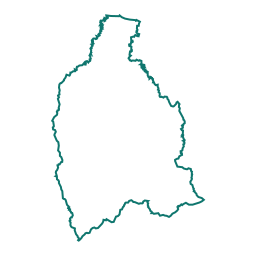 outline of Pekalongan, Jawa Tengah, Indonesia
{"feature_id": "22746128B43405552393366", "entity_name": "Pekalongan", "entity_type": "district", "adm_level": 2, "iso_a3": "IDN", "parent_name": "Indonesia", "parent_adm1": "Jawa Tengah", "projection": "natural_earth1", "projection_center": [109.637, -7.042], "detail": "fine", "context": "isolated", "style": "outline", "palette": "teal", "viewbox_px": 256, "rotation_deg": 0, "n_neighbors": 0, "source": "geoboundaries", "source_scale": "gbopen_adm2", "svg_char_len": 5708}
<svg xmlns="http://www.w3.org/2000/svg" viewBox="0 0 256 256"><path d="M203.8,199.8L201.7,198.0L198.4,197.0L196.7,195.2L196.4,193.8L194.7,192.0L194.6,191.3L193.9,191.2L194.2,190.6L193.5,189.5L193.8,188.6L193.2,188.0L192.4,185.0L190.7,183.9L190.3,181.8L191.8,179.4L191.9,178.3L191.4,177.8L192.0,175.8L191.7,175.0L192.2,174.4L191.7,172.9L192.0,171.7L191.1,171.0L190.8,169.0L188.4,168.3L187.4,169.2L186.4,169.2L183.8,168.5L182.3,167.2L177.4,166.6L175.1,161.0L175.1,159.8L177.2,158.7L178.4,158.6L179.3,156.3L181.0,155.4L181.5,154.6L182.0,154.7L181.9,153.3L180.8,153.1L180.6,151.2L181.4,150.9L182.3,151.4L181.8,150.6L182.4,150.2L182.7,148.1L183.8,146.4L183.3,144.4L184.2,144.0L184.5,142.9L184.3,142.1L183.9,141.9L184.2,141.1L183.2,140.7L184.5,139.9L183.5,138.6L183.0,136.8L182.0,136.6L183.2,135.4L183.2,135.1L182.1,134.9L182.8,134.0L183.0,130.5L181.8,130.2L181.0,129.0L182.8,127.8L182.9,127.1L181.9,125.6L182.4,125.1L183.2,125.2L183.6,123.9L184.7,123.2L184.7,121.4L184.1,120.1L183.4,119.7L183.2,118.1L179.3,110.9L179.8,108.2L178.9,107.0L179.1,104.6L179.5,104.1L177.6,101.8L176.5,102.5L176.3,103.7L173.9,106.2L173.1,106.5L171.1,105.9L169.2,102.2L168.4,99.8L167.4,98.8L167.3,97.5L166.8,96.8L164.5,96.6L163.5,97.6L161.4,96.7L161.0,97.0L159.9,96.8L159.5,95.8L159.8,94.2L159.6,93.0L158.6,92.2L159.0,90.4L157.9,89.7L158.5,88.3L157.6,86.5L157.7,84.7L155.7,85.1L154.6,84.0L154.0,82.5L153.0,82.4L153.4,81.2L152.9,80.5L153.0,79.2L152.3,79.2L152.1,78.0L151.5,78.0L151.1,77.1L150.3,76.8L150.2,78.1L149.5,78.7L149.5,77.6L148.5,77.2L147.7,75.4L147.7,72.9L146.5,72.6L146.5,72.2L147.3,71.6L146.0,70.8L145.4,71.7L145.1,71.6L144.4,70.8L145.3,69.5L143.9,69.2L143.6,68.7L143.5,68.1L144.6,67.4L143.3,66.5L144.0,65.5L144.4,65.6L144.3,64.9L142.9,64.6L142.4,65.3L142.8,66.8L142.5,68.4L142.1,67.8L141.5,67.6L141.5,66.3L140.9,64.2L140.7,64.2L141.5,63.6L141.4,60.9L139.6,60.2L138.9,60.8L136.5,59.7L135.6,60.8L133.3,60.5L132.0,60.5L131.5,61.0L129.8,60.3L129.8,59.6L128.6,58.5L128.8,57.6L130.8,55.6L129.5,54.9L130.0,51.5L131.2,51.6L131.3,51.0L131.8,51.0L131.9,50.1L131.2,49.9L131.4,46.7L129.4,46.0L129.6,44.9L129.1,44.8L129.1,44.5L129.7,44.5L129.7,44.9L130.4,45.2L130.4,43.9L130.9,43.7L131.1,42.2L132.5,42.2L132.8,41.8L132.5,40.7L131.3,40.8L131.0,37.3L133.6,36.5L134.1,36.8L135.3,35.0L137.1,36.0L137.3,35.6L138.6,36.2L139.2,34.1L137.2,33.4L136.3,32.2L136.6,30.9L137.2,31.0L137.5,29.8L136.9,28.6L137.1,25.8L138.7,25.8L139.0,23.5L139.9,21.7L136.7,20.1L136.6,20.6L136.0,20.7L136.0,20.4L135.2,20.1L129.9,19.6L125.0,18.6L121.8,17.2L119.6,15.4L119.1,16.2L111.0,16.0L106.3,15.4L106.5,16.6L107.6,16.8L107.9,17.8L107.5,18.2L106.7,17.9L106.2,18.8L104.4,17.9L104.3,18.5L105.2,20.7L104.7,21.0L104.2,19.5L103.7,19.2L102.9,20.7L102.0,20.7L101.4,21.3L100.8,20.6L100.5,20.8L100.2,22.5L101.2,23.1L100.3,24.7L101.9,24.1L101.7,24.6L100.4,25.2L100.5,25.8L102.7,25.4L102.5,25.9L101.7,26.1L101.6,27.0L102.6,27.4L102.7,27.9L102.3,28.5L101.2,27.2L100.6,27.5L100.7,28.2L101.6,28.8L100.8,28.9L100.3,30.4L101.3,30.4L101.4,31.1L100.3,31.9L100.5,33.1L99.5,33.3L98.5,34.3L99.6,35.0L99.7,35.4L98.0,36.4L96.7,36.1L97.1,36.8L96.8,37.6L97.2,38.0L96.7,38.8L95.7,39.1L94.9,38.5L93.4,38.5L91.8,40.4L91.9,40.9L92.9,40.6L93.1,42.0L92.3,42.6L93.3,43.6L91.6,44.3L92.7,45.1L92.6,45.8L91.8,46.1L91.7,48.0L90.9,47.8L90.4,48.5L91.2,50.3L91.0,51.9L91.4,52.5L90.6,53.3L90.9,54.0L90.5,53.7L89.5,55.6L90.4,56.5L90.3,58.1L90.7,58.7L90.2,59.1L90.3,59.7L89.7,59.7L90.0,61.0L88.9,61.6L88.3,62.5L87.1,61.1L86.0,61.3L85.5,61.9L85.9,63.2L85.6,64.6L84.3,64.4L84.1,63.0L82.3,65.2L79.4,65.5L77.6,66.8L76.9,66.8L76.6,67.9L76.8,69.9L76.3,70.2L74.8,69.4L75.0,71.2L73.1,71.3L71.1,72.7L70.4,72.6L70.1,74.7L69.5,75.6L66.5,74.7L65.5,77.6L63.9,79.7L64.0,80.4L61.3,83.1L60.5,83.1L59.4,84.4L59.0,87.6L59.7,90.3L59.2,92.7L59.5,94.5L58.0,95.5L58.1,96.0L59.0,97.2L57.9,98.8L59.6,104.3L58.6,108.1L59.0,108.8L58.9,109.9L58.3,110.5L57.5,110.4L56.8,111.8L57.3,113.0L57.0,114.8L54.2,117.1L52.2,120.8L53.2,121.6L53.8,125.4L53.8,126.5L52.8,127.4L53.1,129.4L55.1,130.1L55.8,131.8L54.5,134.3L54.4,135.2L56.8,140.7L58.3,142.1L58.8,145.7L58.1,150.5L59.9,152.6L59.9,155.9L61.3,157.1L62.4,160.1L62.2,161.9L61.2,162.0L59.6,164.4L58.6,164.3L58.2,165.3L57.5,165.4L58.1,167.6L57.2,169.9L56.0,171.4L55.8,172.6L56.7,175.6L55.7,176.2L56.9,176.7L57.0,179.3L58.4,180.3L59.0,181.5L58.9,183.0L60.9,187.0L61.3,189.5L62.3,191.1L62.9,198.3L63.7,198.9L64.7,199.0L65.7,200.1L67.0,204.8L68.6,206.4L68.2,207.8L69.2,207.6L68.9,209.7L70.1,209.5L70.2,211.3L70.9,211.7L71.1,212.7L72.2,213.0L72.8,215.3L71.8,217.4L71.1,217.3L70.0,218.6L70.4,220.2L69.6,220.6L69.7,221.4L70.6,222.4L70.4,225.1L71.1,226.6L71.9,227.3L74.9,228.4L74.7,230.3L76.1,234.3L77.5,235.9L77.7,237.0L78.6,237.8L78.8,239.2L78.1,240.2L78.7,240.6L79.4,240.1L81.3,238.2L82.5,236.2L84.7,234.4L85.4,233.3L86.9,232.8L88.0,233.2L89.6,232.8L91.0,229.4L92.6,228.0L94.4,227.5L95.8,228.4L98.0,228.0L102.2,223.5L103.2,221.6L103.5,219.8L106.0,220.3L106.5,219.2L111.6,222.2L113.7,221.9L116.0,216.6L117.9,216.1L119.5,214.5L120.3,209.8L122.0,209.4L122.9,207.1L123.8,206.4L124.0,205.2L124.7,204.6L125.0,203.3L125.8,202.6L128.1,202.6L129.2,200.9L131.3,200.2L132.4,200.9L133.3,202.0L134.8,202.1L138.9,203.8L140.2,203.3L142.3,203.4L142.9,202.9L143.2,201.6L144.8,200.5L148.1,201.0L147.4,201.6L147.5,202.7L148.2,203.3L147.7,205.0L148.4,206.3L148.0,206.9L149.9,209.3L150.3,210.8L151.7,211.7L151.9,212.4L151.5,213.1L152.8,213.1L153.9,213.8L158.3,213.2L160.0,215.7L163.1,214.9L164.9,215.6L166.6,215.8L169.0,216.9L170.7,215.8L172.4,213.7L175.2,212.3L177.3,210.5L178.2,209.1L177.5,207.1L178.1,206.9L178.2,206.1L179.2,206.2L179.2,205.8L180.2,205.6L181.3,204.4L182.2,205.1L183.3,204.1L185.9,202.8L189.0,204.7L192.5,204.7L199.5,202.5L201.9,201.3L203.8,199.8Z" fill="none" stroke="#0f766e" stroke-width="2"/></svg>